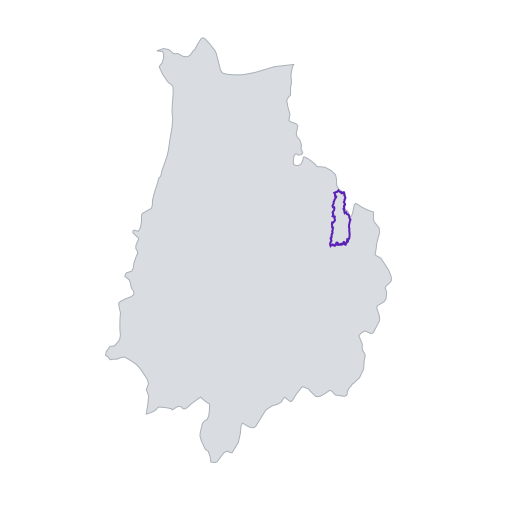 location of Pastavy, Vitebsk, Belarus, rotated 97°
{"feature_id": "67162791B41761210959552", "entity_name": "Pastavy", "entity_type": "district", "adm_level": 2, "iso_a3": "BLR", "parent_name": "Belarus", "parent_adm1": "Vitebsk", "projection": "natural_earth1", "projection_center": [27.066, 55.118], "detail": "fine", "context": "in_parent", "style": "outline", "palette": "violet", "viewbox_px": 512, "rotation_deg": 97, "n_neighbors": 0, "source": "geoboundaries", "source_scale": "gbopen_adm2", "svg_char_len": 8542}
<svg xmlns="http://www.w3.org/2000/svg" viewBox="0 0 512 512"><g transform="rotate(97 256 256)"><path d="M426.2,345.7L417.8,345.3L407.7,345.5L402.1,348.6L395.9,347.1L391.6,348.9L381.7,357.4L377.9,362.0L374.3,369.2L372.2,374.4L373.5,378.1L375.4,381.5L375.8,385.2L376.8,388.1L374.4,390.3L373.0,393.3L368.7,392.8L363.5,389.8L362.4,385.6L358.4,382.7L355.7,381.2L351.4,380.9L344.5,382.3L335.5,383.3L328.7,383.6L325.0,385.1L319.6,386.6L317.4,384.9L314.3,380.1L311.8,375.3L310.0,373.2L308.5,372.6L306.7,372.8L304.6,374.3L303.0,375.8L297.4,377.6L294.9,379.3L292.2,383.7L290.3,383.4L288.4,382.4L286.2,377.5L283.2,376.4L278.5,376.3L272.5,375.2L267.7,373.8L266.0,374.1L263.2,376.2L260.1,376.5L253.3,374.6L252.0,375.5L248.1,380.9L246.3,381.2L245.2,380.5L245.8,375.8L241.9,374.1L235.2,373.9L230.6,374.5L228.3,374.4L227.1,373.4L221.4,365.6L218.4,365.1L213.0,365.5L205.1,364.5L195.9,362.7L190.9,362.1L188.3,360.3L182.6,359.7L167.5,356.4L161.3,355.8L152.2,355.7L138.3,355.0L129.4,355.4L125.3,356.5L120.5,357.2L104.0,358.1L98.1,359.0L96.4,360.7L94.4,364.3L87.5,370.5L80.8,374.7L79.6,375.1L75.8,372.8L72.6,372.1L68.8,371.9L66.1,372.6L64.4,373.6L64.6,378.5L64.2,378.9L61.4,373.1L61.7,367.9L63.4,365.0L65.4,362.3L64.6,358.3L66.7,353.0L66.8,349.2L66.0,347.5L64.4,345.6L60.2,343.5L58.3,341.8L52.5,339.6L46.8,336.9L45.9,335.2L46.2,334.1L47.2,332.3L51.7,327.2L56.6,322.2L59.6,320.2L75.9,313.8L78.4,311.6L79.1,307.8L78.9,300.2L78.1,293.3L76.9,288.5L74.0,279.5L65.9,261.0L61.3,241.9L64.5,243.0L72.1,243.4L78.2,242.1L81.4,241.9L84.2,242.3L92.2,241.3L94.2,243.0L97.7,244.5L104.8,242.3L111.0,239.6L117.5,239.9L118.4,238.6L120.1,231.8L122.0,230.3L129.7,231.0L132.6,229.8L135.6,226.5L140.2,224.4L144.0,224.4L148.0,222.1L149.9,223.6L150.8,226.4L149.5,228.7L150.1,229.5L152.8,230.6L157.5,230.6L160.5,229.7L161.2,228.4L161.2,226.1L160.5,223.9L158.5,222.1L154.8,221.1L152.2,221.1L151.7,219.9L152.7,217.3L155.0,212.7L157.8,208.4L159.6,206.8L159.9,205.4L159.6,202.8L159.5,198.3L162.1,191.8L165.6,187.0L170.2,185.4L175.8,184.6L179.3,182.3L181.1,179.7L182.7,175.5L184.4,174.7L197.9,175.2L199.9,171.1L201.1,169.9L203.7,168.7L205.5,167.2L204.8,166.1L201.4,165.4L193.3,164.7L191.7,163.4L192.2,161.7L194.4,157.5L196.4,152.0L197.5,147.8L197.6,145.3L198.8,144.6L205.3,143.8L207.5,143.0L213.2,137.2L217.5,136.2L228.6,137.7L233.7,137.6L240.2,138.0L240.7,137.4L243.0,131.7L253.9,122.6L259.7,119.4L263.4,118.7L264.7,118.9L270.7,123.7L272.0,123.9L275.9,121.9L282.7,121.7L285.9,123.4L290.4,129.3L292.7,130.0L299.3,126.7L302.9,125.6L305.3,125.6L317.8,130.2L318.7,131.7L318.8,133.4L317.0,138.8L319.6,142.1L322.6,144.3L329.0,140.6L331.3,139.6L333.9,139.6L337.3,138.2L339.8,136.1L342.2,135.4L346.7,135.9L355.0,135.4L364.7,138.6L365.5,139.6L370.4,143.5L372.1,145.3L373.7,145.9L376.3,147.8L379.8,149.0L382.2,148.6L383.3,149.2L384.4,150.7L384.5,153.2L384.3,160.3L381.0,164.1L380.5,165.4L380.7,166.9L383.5,170.0L387.2,174.8L388.0,177.6L388.1,179.7L383.4,185.8L381.8,187.2L380.8,190.3L380.2,193.3L380.6,194.6L388.8,199.5L394.8,202.1L396.2,203.4L396.3,204.2L393.2,209.5L392.9,210.9L397.8,213.1L400.5,216.5L403.0,222.1L407.7,227.5L424.8,235.4L426.4,236.8L426.9,238.5L426.5,242.1L423.5,249.1L426.5,250.2L434.0,249.9L443.1,250.8L454.2,255.8L454.3,258.0L453.2,260.0L454.0,262.2L455.3,264.0L464.9,269.5L465.9,271.2L466.1,273.9L465.9,275.8L463.3,276.3L460.4,277.2L455.7,279.6L453.9,282.9L446.3,287.6L441.5,289.7L437.7,289.8L428.7,288.8L425.4,286.5L424.1,284.4L420.5,283.5L415.9,283.4L409.5,283.8L408.3,284.4L407.3,287.0L404.6,291.4L402.8,293.9L411.0,302.6L415.2,306.2L416.6,308.4L416.5,310.0L414.6,311.9L415.0,315.6L419.1,320.5L417.8,321.3L417.5,327.3L417.7,333.8L418.8,335.3L421.0,336.6L422.8,338.9L425.9,344.3L426.2,345.7Z" fill="#d9dde1" stroke="#a8b0b8" stroke-width="1"/><path d="M183.8,185.8L184.2,185.8L184.5,185.5L185.0,185.1L185.4,184.9L186.0,184.9L186.8,184.9L187.2,184.7L187.1,184.4L187.0,184.1L187.1,183.9L187.2,183.6L187.6,183.6L188.1,183.7L188.5,183.9L188.9,184.2L189.4,184.4L189.7,184.6L190.4,184.8L190.9,185.0L191.3,185.0L191.6,185.0L192.1,185.2L192.5,185.4L192.9,185.6L193.3,185.6L193.8,185.4L194.3,185.3L194.7,185.4L195.2,185.6L195.8,185.8L196.4,186.0L196.7,186.2L197.0,186.2L197.4,186.0L197.9,185.8L198.3,185.5L198.4,185.2L198.5,185.0L198.1,184.8L197.9,184.5L198.0,184.3L198.3,184.2L198.8,184.1L199.4,184.0L200.2,184.0L200.8,184.1L201.3,184.3L201.9,184.5L202.1,184.7L202.7,185.0L203.2,185.2L203.6,185.3L203.9,185.1L204.0,184.9L204.3,184.7L205.0,184.4L205.4,184.6L205.8,184.5L206.2,184.6L206.7,184.6L207.2,184.8L207.3,184.5L207.2,184.1L207.3,183.5L207.2,183.2L207.1,182.8L207.2,182.6L207.4,182.5L207.7,182.5L208.4,182.7L208.5,182.9L209.0,182.8L209.4,182.6L210.0,182.2L210.5,182.0L211.3,182.1L211.7,182.3L212.0,182.5L212.4,182.7L213.0,183.1L213.4,183.4L213.2,183.9L213.2,184.2L213.3,184.5L213.5,184.6L214.3,184.5L215.1,184.5L215.5,184.5L216.3,184.2L216.5,184.1L216.8,184.0L217.3,184.0L217.8,184.1L218.2,184.0L218.4,183.7L218.3,183.3L218.4,183.1L218.7,182.9L219.1,183.0L219.5,183.1L220.0,183.1L220.4,183.1L220.8,183.1L221.3,183.2L221.7,183.4L222.1,183.4L222.4,183.3L222.6,183.1L223.0,182.9L223.4,183.0L223.9,183.0L224.2,182.9L224.6,183.1L224.8,183.4L225.3,183.6L225.6,183.5L225.9,183.4L226.3,183.4L226.9,183.3L227.2,183.6L227.3,183.6L227.8,183.4L228.2,183.3L228.5,183.3L229.0,183.5L229.0,183.8L228.9,183.9L229.1,184.1L229.5,184.1L229.9,183.9L230.2,183.8L230.4,183.6L230.5,183.5L230.9,183.3L231.1,183.2L231.5,183.0L231.9,183.1L232.0,183.1L232.1,183.3L232.4,183.5L232.7,183.5L233.0,183.5L233.5,183.6L233.8,183.8L234.0,183.9L234.3,183.9L234.6,184.0L234.8,184.0L235.0,184.0L235.3,183.9L235.5,183.8L235.7,183.7L236.0,183.6L236.4,183.5L236.8,183.3L237.0,183.2L236.7,183.0L236.4,182.7L236.2,182.4L235.9,182.2L235.6,182.0L235.3,181.7L235.2,181.5L235.2,181.2L235.4,181.1L235.6,181.0L235.8,180.9L236.0,180.6L236.0,180.4L235.9,180.3L235.7,180.2L235.7,179.9L235.8,179.8L236.0,179.7L236.2,179.4L236.3,179.3L236.3,179.0L236.1,178.9L235.9,178.9L235.7,178.8L235.5,178.7L235.4,178.3L235.3,178.1L235.1,177.9L234.9,177.9L234.7,178.0L234.3,178.2L234.0,178.2L233.9,178.2L233.5,178.0L233.4,177.9L233.2,177.7L232.8,177.4L232.7,177.3L232.7,177.1L232.9,176.8L233.0,176.7L233.2,176.4L233.5,176.4L233.8,176.3L234.2,176.3L234.5,176.2L235.0,176.0L235.0,175.9L234.9,175.8L234.8,175.6L234.7,175.5L234.7,175.3L234.8,175.1L234.8,174.9L234.7,174.8L234.5,174.7L234.2,174.6L234.1,174.4L234.2,174.2L234.3,174.2L234.5,174.1L234.6,173.9L234.6,173.7L234.4,173.6L234.2,173.5L233.8,173.4L233.7,173.3L233.6,173.2L233.7,172.9L233.9,172.8L234.0,172.7L234.2,172.4L234.3,172.3L234.2,172.1L233.9,172.1L233.7,172.2L233.4,172.2L233.1,171.9L233.1,171.5L233.2,171.3L232.9,171.2L232.7,171.1L232.4,171.0L232.2,170.9L231.8,170.7L231.4,170.6L231.4,170.4L231.7,170.3L232.0,170.1L232.4,169.9L232.6,169.9L232.9,169.7L233.1,169.6L233.4,169.5L233.6,169.5L233.7,169.3L233.8,169.1L233.9,168.8L233.9,168.7L233.9,168.4L233.7,168.2L233.4,168.2L233.2,168.3L232.8,168.5L232.4,168.4L232.0,168.3L231.9,168.2L231.9,167.9L231.8,167.7L231.5,167.6L231.3,167.6L231.1,167.7L230.7,167.7L230.3,167.6L230.5,167.3L230.7,167.2L230.8,167.1L230.8,166.8L230.6,166.6L230.4,166.5L230.2,166.5L229.9,166.5L229.6,166.7L229.4,166.8L229.0,167.0L228.9,167.2L228.8,167.4L228.5,167.5L228.4,167.5L228.2,167.5L228.2,167.2L228.4,166.8L228.5,166.6L228.5,166.3L228.4,166.2L228.0,166.0L227.8,166.0L227.5,166.0L227.3,166.0L227.2,165.9L227.1,165.7L226.8,165.6L226.4,165.6L226.0,165.6L225.5,165.6L225.0,165.6L224.4,165.6L223.8,165.7L223.4,165.7L222.9,165.7L222.4,165.8L222.0,165.9L221.5,166.0L221.2,166.2L220.9,166.2L220.6,166.2L220.2,166.3L219.6,166.6L219.3,166.6L218.6,166.6L218.4,166.6L218.1,166.6L217.6,166.6L217.2,166.7L216.8,166.9L216.5,167.1L216.2,167.2L215.8,167.2L215.4,167.3L215.0,167.3L214.6,167.3L214.2,167.4L213.7,167.4L213.4,167.4L212.9,167.3L211.9,167.2L211.2,167.2L210.8,167.1L210.2,167.1L209.6,167.0L209.0,166.8L208.2,166.7L207.9,167.2L207.5,167.6L205.8,168.2L204.5,168.6L203.6,169.3L203.6,170.1L203.4,170.9L202.8,171.2L202.1,171.6L201.5,172.0L201.7,172.5L202.5,173.2L201.5,173.6L200.8,173.9L199.7,173.9L198.9,174.7L198.7,174.2L197.5,174.3L196.1,174.7L195.3,174.7L195.0,174.1L194.3,173.8L193.1,174.2L192.6,174.7L191.8,175.4L191.2,175.1L190.2,174.8L189.0,175.0L188.3,174.5L187.5,174.3L186.8,174.6L186.1,174.9L185.6,175.4L184.4,175.9L183.7,175.9L182.9,176.1L182.0,176.6L182.2,177.2L182.9,177.7L183.4,178.3L183.3,178.8L182.7,179.0L182.0,179.6L182.2,180.2L182.1,180.8L181.5,181.7L180.8,182.1L181.3,182.5L181.5,182.8L181.9,183.1L182.4,183.3L182.7,183.7L182.8,184.0L182.9,184.6L183.3,185.1L183.4,185.4L183.7,185.9L183.8,185.8Z" fill="none" stroke="#5b21b6" stroke-width="2"/></g></svg>